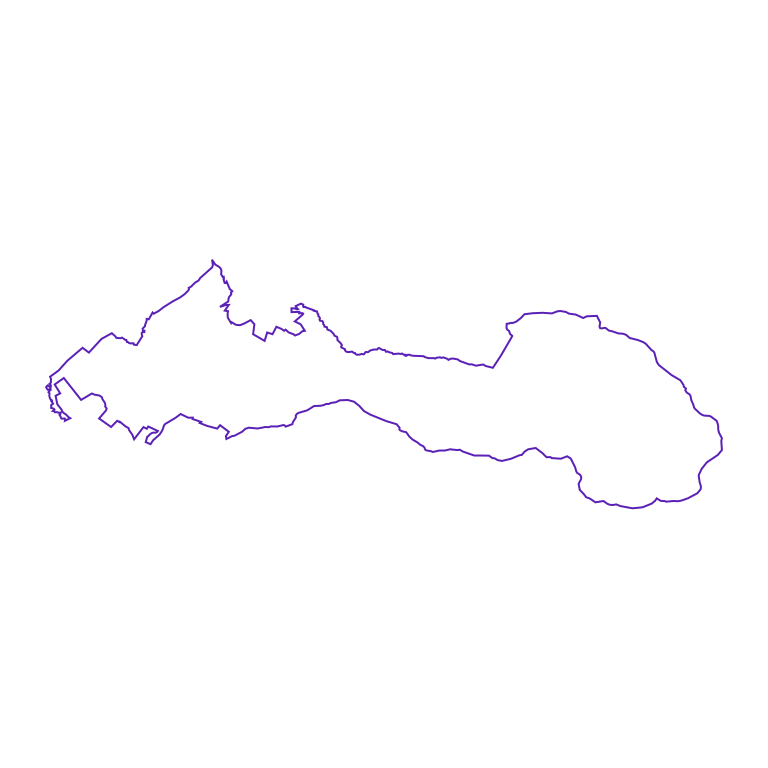 outline of Rusii-Munti, Mures, Romania
{"feature_id": "2599482B16309524986841", "entity_name": "Rusii-Munti", "entity_type": "district", "adm_level": 2, "iso_a3": "ROU", "parent_name": "Romania", "parent_adm1": "Mures", "projection": "robinson", "projection_center": [24.869, 46.914], "detail": "fine", "context": "isolated", "style": "outline", "palette": "violet", "viewbox_px": 768, "rotation_deg": 0, "n_neighbors": 0, "source": "geoboundaries", "source_scale": "gbopen_adm2", "svg_char_len": 6066}
<svg xmlns="http://www.w3.org/2000/svg" viewBox="0 0 768 768"><path d="M700.4,489.6L700.8,488.4L700.9,486.2L699.7,482.4L698.8,476.7L698.8,474.9L701.7,468.8L706.8,462.4L717.9,454.9L721.9,450.0L721.3,441.1L721.9,438.2L719.0,432.7L718.2,429.4L718.2,426.2L717.7,423.7L716.5,420.7L710.8,416.5L709.2,415.9L704.3,415.6L702.4,415.0L700.1,413.6L695.0,408.8L694.1,407.6L693.3,404.7L691.3,400.1L690.5,396.0L689.6,394.4L686.7,392.5L685.3,390.3L686.0,388.6L683.8,386.7L683.6,385.1L680.4,380.3L671.6,375.1L658.9,365.1L656.9,362.1L654.3,352.5L653.2,351.2L651.5,350.1L645.9,343.9L643.2,342.1L637.8,340.0L629.7,338.0L626.3,335.0L624.5,334.2L622.7,333.7L618.3,333.4L611.9,331.2L608.9,330.6L605.8,328.1L604.8,327.8L602.0,328.4L600.2,328.2L599.5,326.8L600.2,322.5L596.9,315.9L586.8,316.3L583.2,318.0L575.8,314.6L568.9,313.6L566.0,312.0L560.4,311.0L557.5,311.3L551.9,313.4L542.5,312.8L533.0,313.2L524.5,314.2L520.8,318.1L516.0,321.8L512.5,323.0L510.4,322.9L509.2,323.5L506.7,323.8L506.5,327.9L507.1,329.5L509.1,331.0L510.1,334.0L512.2,335.8L512.2,336.2L501.1,355.3L492.9,367.8L485.7,366.0L483.0,364.5L476.0,365.7L471.7,364.3L469.1,364.4L459.6,360.9L458.0,359.5L453.6,358.6L451.1,358.6L448.4,359.9L447.7,359.0L443.5,357.4L441.5,357.9L440.1,357.3L436.8,357.7L435.1,358.6L434.0,358.1L428.2,358.1L424.4,356.9L423.7,356.2L413.4,355.8L410.5,355.3L409.6,354.7L407.8,354.8L406.2,355.9L405.5,355.7L405.9,355.2L405.8,354.8L403.5,354.6L402.0,353.5L400.6,354.0L398.6,353.6L393.1,354.1L392.3,353.0L388.9,352.2L387.7,351.4L386.0,351.8L384.9,350.0L382.7,350.0L379.0,348.0L378.0,348.4L377.2,349.5L373.2,349.6L370.1,350.6L368.0,352.2L365.7,352.0L363.7,354.4L361.8,353.9L359.3,354.7L356.7,354.7L355.5,354.0L355.1,353.1L353.6,352.8L352.1,351.6L348.8,352.1L346.5,351.8L345.1,350.5L344.9,349.2L341.3,347.4L341.1,346.8L341.9,345.1L340.8,343.3L337.4,340.0L337.4,337.9L336.9,336.8L334.5,335.7L333.7,334.0L330.6,330.8L327.5,329.6L326.9,327.2L324.4,326.6L324.3,325.3L323.2,324.1L323.2,322.5L322.5,321.2L319.9,320.6L319.5,319.4L320.0,318.4L319.3,316.9L318.3,316.1L318.3,314.3L317.5,313.6L317.0,311.4L314.6,311.0L313.8,310.7L314.0,310.3L305.6,307.3L305.4,306.9L303.5,307.1L303.1,306.0L303.3,304.7L301.0,303.6L295.7,306.1L296.6,307.6L296.2,307.8L298.0,309.1L297.4,309.4L294.7,308.5L291.5,308.3L291.5,312.1L299.3,311.9L299.2,313.3L302.4,313.1L303.2,313.7L302.8,314.5L294.8,321.4L300.7,324.3L304.8,330.8L302.5,331.1L299.2,333.9L295.0,335.5L293.4,334.2L288.6,332.4L285.6,329.6L284.1,330.8L281.5,328.9L276.4,326.8L272.5,334.2L267.2,332.5L264.6,340.9L253.1,334.2L254.4,324.3L250.7,320.1L244.3,323.5L240.0,325.2L235.9,324.8L231.6,322.2L231.1,323.1L227.8,317.7L227.6,313.9L228.0,311.2L224.8,310.6L228.8,304.9L225.8,305.0L219.9,306.9L228.2,301.5L228.6,298.3L229.1,296.9L231.0,294.7L231.3,293.9L230.9,292.6L232.3,291.2L229.8,289.1L226.6,281.5L225.6,283.0L224.6,282.9L223.5,279.2L224.0,278.8L223.7,276.7L222.7,276.9L221.2,274.4L221.4,270.4L220.7,268.6L219.3,267.0L215.3,264.6L212.0,259.7L212.9,265.0L212.1,267.4L200.2,278.0L198.5,280.6L195.1,282.6L191.0,286.7L188.7,287.9L189.0,289.1L188.3,290.5L184.7,294.1L180.0,297.5L172.7,301.4L163.7,307.1L158.5,311.1L153.7,313.7L152.6,312.5L148.8,319.3L146.7,318.9L146.6,320.9L145.0,325.2L145.0,326.1L142.6,328.7L142.9,330.8L144.4,330.7L144.3,332.1L142.9,332.0L141.8,332.9L141.7,334.3L142.3,336.2L136.7,345.1L133.8,344.6L133.5,343.3L130.3,343.4L128.8,342.9L127.8,342.0L127.0,342.0L126.3,340.0L125.5,340.0L122.0,337.6L120.4,338.2L116.4,337.9L115.5,336.5L111.8,333.2L101.5,338.9L88.9,352.6L82.6,347.8L67.4,360.7L58.6,370.5L50.1,376.7L51.0,379.0L50.9,382.6L49.4,384.0L50.8,385.2L50.8,386.9L49.8,386.9L47.5,385.5L46.1,387.2L47.6,389.7L48.7,389.8L49.9,388.8L50.7,389.1L50.6,390.0L49.0,391.3L48.5,392.3L49.5,393.2L49.3,396.1L50.2,398.9L52.0,400.5L52.1,400.8L51.3,401.1L53.1,403.7L51.2,405.1L51.2,408.0L53.8,408.7L54.5,409.8L52.9,411.0L54.1,411.3L55.0,412.3L56.9,412.1L58.7,412.8L60.7,412.5L60.4,414.0L59.5,414.9L60.6,416.6L60.9,417.8L61.7,418.7L64.8,418.5L65.2,419.2L64.9,420.8L70.2,418.2L68.8,417.4L66.0,414.5L63.4,412.8L62.1,411.2L61.6,409.7L57.3,404.2L55.6,395.8L60.2,393.4L54.7,384.5L63.8,378.0L81.1,399.9L91.9,393.5L94.6,394.7L99.3,395.5L101.8,397.1L102.4,399.0L104.9,402.9L105.4,405.0L105.2,406.5L106.6,408.5L106.3,409.9L105.6,410.9L99.1,418.5L111.1,427.0L117.2,420.8L119.5,422.1L119.8,421.7L125.4,426.3L128.5,428.1L129.1,430.1L132.4,434.9L134.1,439.3L143.5,427.1L146.8,428.8L148.3,426.5L157.9,431.0L157.4,431.8L155.6,432.7L153.0,432.7L151.5,433.2L149.6,434.6L148.1,436.4L147.3,436.6L145.7,442.1L150.5,444.2L153.1,440.3L159.6,434.5L161.5,431.7L163.0,428.7L163.9,425.6L165.0,424.1L175.7,417.7L180.6,414.0L188.2,417.7L192.8,417.7L192.5,419.0L201.1,421.9L199.8,423.0L206.8,425.8L217.2,428.6L220.1,425.2L228.8,431.8L225.9,436.1L226.4,439.0L232.1,436.1L234.3,435.8L242.2,431.7L245.3,428.8L249.0,427.7L257.5,428.5L265.6,427.0L268.8,427.2L270.9,426.4L277.4,426.5L283.6,425.0L284.9,425.6L285.7,426.6L292.3,424.2L292.9,422.2L295.9,417.4L295.8,415.3L296.9,413.9L298.5,412.9L307.3,410.3L314.1,406.0L320.1,405.8L323.8,405.1L326.0,404.0L329.0,403.9L330.6,403.0L335.9,402.2L339.8,400.3L347.8,400.0L354.0,401.7L359.3,405.9L363.9,411.0L370.2,414.6L386.5,421.2L396.6,424.2L399.6,427.8L399.3,429.2L399.7,430.0L401.8,431.2L406.2,432.2L409.4,436.7L412.8,439.7L417.1,442.2L420.3,444.8L423.2,446.2L424.4,447.5L425.3,449.8L427.2,450.6L431.1,451.2L432.7,452.0L439.5,450.5L445.1,450.5L450.1,449.3L457.5,450.1L459.7,449.7L463.0,451.6L474.2,455.5L488.9,455.6L492.4,458.1L494.3,458.2L497.9,460.2L502.1,460.9L510.9,458.8L519.6,455.2L521.8,454.9L524.6,451.6L528.2,449.3L535.7,448.0L542.4,453.1L546.5,457.2L550.4,457.1L551.8,458.1L560.9,458.7L567.2,456.3L570.8,458.6L575.1,467.2L576.3,471.5L577.3,473.0L579.9,474.6L580.7,475.7L581.2,477.2L581.2,478.8L578.6,483.9L579.8,489.9L584.0,494.3L586.1,497.2L589.6,498.4L595.4,502.3L603.5,501.0L607.2,503.7L609.8,504.8L612.9,505.0L616.3,504.4L620.5,506.1L632.6,508.3L642.5,507.3L651.7,503.6L655.3,500.6L656.7,498.4L660.8,500.9L665.0,501.1L666.0,501.7L673.3,501.0L678.3,501.2L682.0,500.4L688.1,498.2L697.3,493.3L700.4,489.6Z" fill="none" stroke="#5b21b6" stroke-width="2"/></svg>